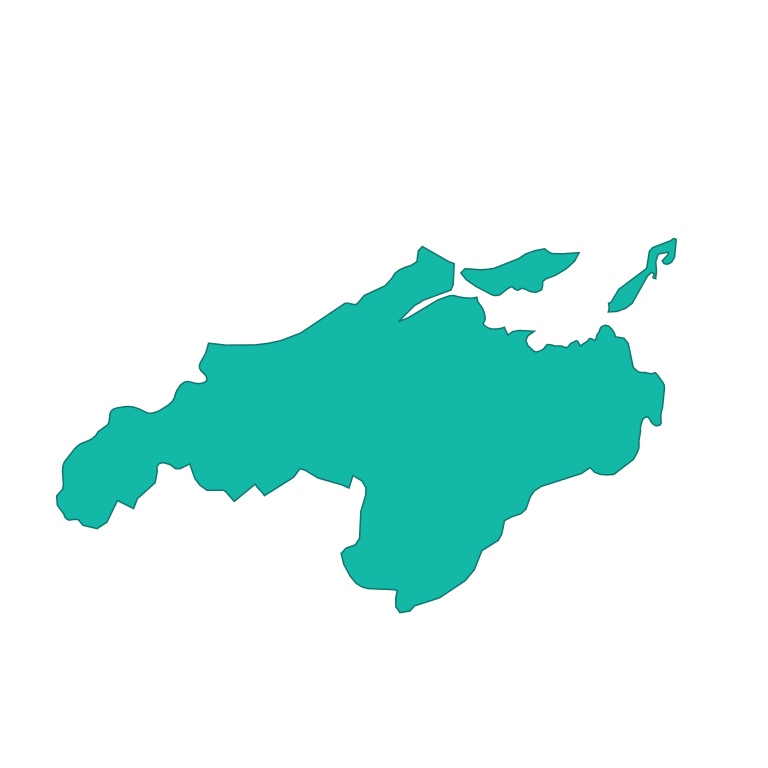 map outline of Charente-Maritime (Mercator projection), rotated 110°
{"feature_id": "FRA-5278", "entity_name": "Charente-Maritime", "entity_type": "Metropolitan department", "adm_level": 1, "iso_a3": "FRA", "parent_name": "France", "parent_adm1": "", "projection": "mercator", "projection_center": [-0.827, 45.732], "detail": "fine", "context": "isolated", "style": "filled", "palette": "teal", "viewbox_px": 768, "rotation_deg": 110, "n_neighbors": 0, "source": "natural_earth", "source_scale": "10m", "svg_char_len": 4109}
<svg xmlns="http://www.w3.org/2000/svg" viewBox="0 0 768 768"><g transform="rotate(110 384 384)"><path d="M405.6,562.7L401.6,546.0L391.5,518.8L385.4,506.7L378.6,495.9L364.6,479.7L321.6,448.3L320.6,446.5L319.4,438.3L317.5,436.5L307.5,432.8L291.3,416.5L282.1,412.8L276.4,411.6L271.4,408.5L267.1,404.1L263.4,399.2L257.8,394.9L247.1,397.3L241.7,395.0L246.9,364.8L246.9,359.2L267.0,353.0L272.9,353.3L292.2,376.2L295.7,378.5L299.3,381.9L320.5,391.8L313.7,384.1L286.5,362.0L278.7,352.6L277.0,348.7L276.6,343.6L275.3,337.1L273.3,330.8L270.7,326.3L274.0,324.5L276.1,321.9L277.7,319.3L279.1,317.4L282.5,314.3L287.2,311.4L290.1,311.0L292.5,311.5L294.4,310.5L295.7,305.5L295.3,300.9L293.5,296.4L291.4,292.6L289.5,290.3L291.1,288.9L294.2,285.6L295.7,284.4L290.7,281.0L287.4,275.2L283.1,260.8L289.5,265.3L294.5,265.6L298.6,262.0L301.9,254.6L301.9,251.9L300.6,249.9L298.9,247.9L296.9,246.3L291.1,244.2L290.1,240.6L289.8,236.2L287.6,230.3L287.7,226.2L287.2,224.5L286.1,223.8L282.2,222.5L281.2,221.8L279.4,219.7L277.6,218.3L277.6,216.4L281.2,212.8L274.1,207.4L271.8,206.8L270.6,206.0L270.6,204.0L271.0,201.9L270.7,200.6L269.0,200.3L264.5,200.6L261.3,199.6L258.6,199.8L256.0,199.3L253.1,196.2L252.8,192.6L254.7,188.3L257.7,184.6L260.5,182.7L258.9,174.3L262.2,168.5L283.1,155.5L285.5,149.9L285.3,146.4L283.9,142.6L283.1,136.4L280.5,132.8L280.6,132.7L281.9,130.3L287.2,122.4L289.3,120.3L292.4,118.9L310.7,114.3L317.1,113.6L320.2,112.7L325.8,110.2L328.2,110.6L330.3,114.0L329.8,117.2L328.3,120.1L326.2,122.3L324.8,124.8L325.7,127.0L328.8,128.8L334.5,128.6L337.5,128.1L340.9,126.7L350.6,125.0L352.4,124.1L356.9,122.6L361.9,122.6L369.7,123.9L390.4,137.1L393.2,143.6L395.0,149.9L394.9,155.9L392.0,161.7L400.5,167.8L426.6,201.4L433.3,206.3L440.4,208.0L453.0,207.8L459.1,211.0L465.3,218.8L471.2,224.0L485.0,222.0L491.8,223.1L507.2,235.0L527.6,235.6L541.0,240.4L565.8,258.6L582.0,279.4L588.5,282.0L593.4,290.9L589.2,296.7L581.0,299.8L573.9,300.8L573.5,303.2L581.8,329.3L582.2,335.3L580.9,342.0L576.0,350.2L567.2,360.1L557.9,366.3L551.2,363.5L544.9,355.9L537.2,354.2L511.7,362.2L494.5,363.2L487.7,365.5L482.7,371.3L480.5,381.9L493.7,381.3L493.2,389.6L494.9,413.9L492.0,428.6L492.3,434.0L502.5,437.0L529.8,458.1L527.8,461.0L524.3,468.0L522.2,470.8L545.6,484.6L539.5,495.4L538.7,498.3L544.4,514.0L542.0,522.5L537.4,529.5L525.5,539.2L533.0,546.3L534.7,550.2L534.7,552.0L533.8,553.8L532.9,557.7L533.3,564.2L535.5,568.0L539.2,569.1L544.1,567.1L555.0,565.3L576.1,576.5L586.7,576.7L584.7,594.6L608.6,597.1L618.0,604.1L619.8,618.7L619.7,618.8L616.0,624.9L616.4,626.5L617.6,629.6L619.7,633.6L619.3,636.1L618.0,638.6L615.7,640.4L609.5,649.6L601.2,653.3L592.8,650.1L588.2,650.8L575.6,656.4L571.1,657.6L567.0,657.8L551.1,652.7L547.0,650.8L543.7,648.4L538.4,642.4L535.5,639.8L531.1,637.2L526.5,636.3L516.9,629.7L513.4,629.4L505.2,631.4L502.2,630.9L500.2,629.7L497.9,626.8L494.2,620.3L492.9,617.4L492.0,614.6L491.4,611.7L491.2,608.8L491.2,605.8L492.1,596.8L491.7,593.9L489.6,590.2L486.1,586.1L477.6,579.5L472.7,577.0L468.6,576.2L465.1,576.6L460.9,576.4L454.5,574.9L451.0,572.6L448.9,569.8L447.8,561.3L447.0,558.1L445.5,555.2L442.8,552.2L440.2,552.0L437.9,553.3L436.4,555.6L435.3,558.2L434.0,560.7L432.2,562.7L429.8,563.8L427.1,563.9L416.4,562.1L405.7,562.8L405.6,562.7L405.6,562.7ZM250.2,293.3L248.7,297.1L251.8,300.2L260.5,305.5L262.8,309.4L263.3,313.0L260.8,331.4L257.7,342.8L253.3,349.8L247.9,347.3L243.6,332.2L241.1,326.5L237.8,320.3L220.0,300.2L213.6,295.6L207.0,287.7L202.0,279.3L203.4,275.4L204.0,270.9L200.6,260.8L193.9,245.6L203.4,246.9L213.6,252.3L223.1,260.0L230.2,268.1L233.7,269.9L237.5,268.5L241.6,268.1L245.9,272.5L247.1,277.9L246.6,282.8L246.8,287.1L250.2,290.3L250.2,293.3ZM231.4,200.6L229.9,198.9L228.6,198.4L214.8,195.8L185.5,176.7L168.5,180.0L163.8,178.1L151.6,164.0L148.2,161.5L148.2,158.8L165.7,154.3L171.2,155.5L173.4,157.2L174.9,159.6L175.0,162.2L173.1,164.7L165.8,161.6L162.7,161.5L168.0,170.7L176.0,170.5L184.7,166.6L192.1,164.7L192.1,167.7L187.8,167.7L187.8,171.0L192.8,173.4L223.3,178.4L230.4,183.0L236.1,189.8L239.6,197.9L236.8,198.1L234.6,198.8L231.4,200.6Z" fill="#14b8a6" stroke="#0f766e" stroke-width="1.5"/></g></svg>